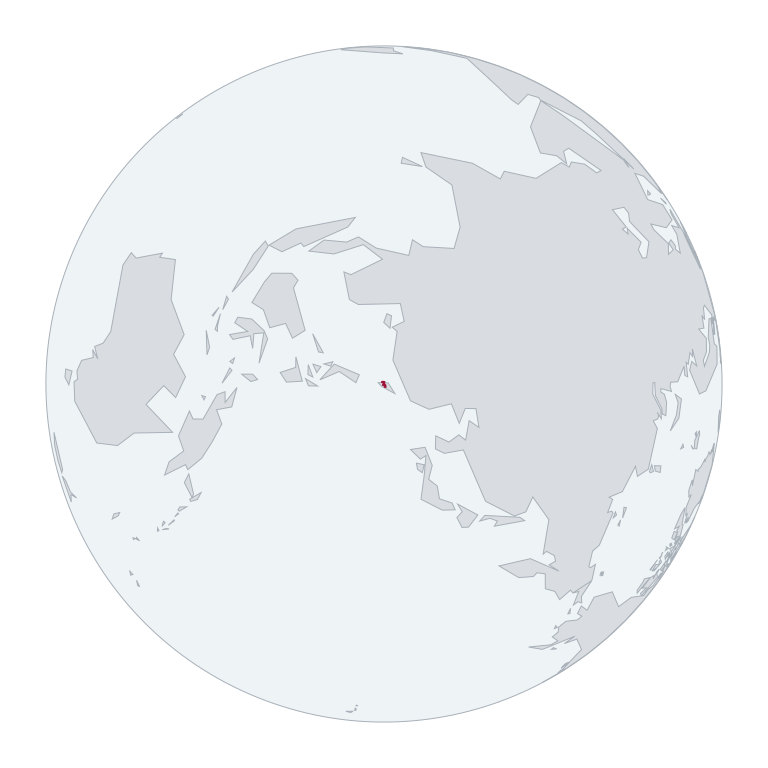 Kaohsiung City highlighted on a globe, orthographic projection, rotated 112°
{"feature_id": "TWN-1156", "entity_name": "Kaohsiung City", "entity_type": "Special Municipality", "adm_level": 1, "iso_a3": "TWN", "parent_name": "Taiwan", "parent_adm1": "", "projection": "orthographic", "projection_center": [120.587, 22.979], "detail": "fine", "context": "on_globe", "style": "filled", "palette": "rose", "viewbox_px": 768, "rotation_deg": 112, "n_neighbors": 0, "source": "natural_earth", "source_scale": "10m", "svg_char_len": 11887}
<svg xmlns="http://www.w3.org/2000/svg" viewBox="0 0 768 768"><g transform="rotate(112 384 384)"><circle cx="384" cy="384" r="338" fill="#eef3f6" stroke="#a8b0b8"/><path d="M663.5,534.6L663.2,536.6L662.8,537.0L663.5,534.6ZM601.7,125.6L588.6,115.3L589.3,115.6L582.3,110.5L581.0,110.3L581.9,111.6L556.1,101.4L548.3,109.6L557.1,119.6L546.3,112.5L570.7,137.7L573.7,151.4L563.3,131.6L556.9,126.6L555.5,133.2L548.6,129.6L544.0,131.0L535.9,126.5L530.4,116.4L525.1,113.6L524.4,118.6L515.9,117.9L517.7,110.9L503.0,109.3L491.2,94.5L502.6,83.1L489.2,74.8L482.8,63.9L476.5,62.6L470.1,59.0L460.4,56.6L462.0,56.2L452.9,54.7L453.3,55.6L449.5,55.5L443.9,54.5L444.9,53.4L447.8,53.8L445.2,53.1L448.1,53.2L443.5,52.5L445.4,52.0L435.2,51.1L429.7,49.7L433.2,49.8L443.7,51.5L462.0,55.2L487.3,62.3L512.0,71.3L536.0,82.2L559.0,94.9L581.0,109.4L601.7,125.6ZM701.8,296.8L699.0,290.1L701.1,291.8L701.8,296.8ZM697.0,287.9L698.0,289.7L697.1,288.5L697.0,287.9ZM696.1,288.2L696.7,288.0L696.3,289.0L696.1,288.2ZM695.2,289.5L695.5,288.5L695.6,288.9L695.2,289.5ZM692.8,289.4L692.0,289.2L692.1,287.5L692.8,289.4ZM583.4,113.0L581.7,110.8L585.4,112.8L587.6,114.8L583.4,113.0ZM575.4,111.1L572.7,108.5L580.8,112.9L579.9,113.0L575.4,111.1ZM565.0,128.2L564.9,124.7L567.4,129.5L565.0,128.2ZM544.8,132.1L547.0,134.4L543.6,134.3L544.8,132.1ZM528.2,127.5L522.1,127.0L527.3,125.6L528.2,127.5ZM450.6,52.7L445.9,51.8L442.7,51.2L450.6,52.7ZM518.0,125.6L503.4,125.7L507.0,130.5L488.4,117.7L507.0,121.4L512.9,118.6L513.2,122.6L518.0,125.6ZM455.9,56.5L455.2,55.4L461.0,57.4L455.9,56.5ZM460.6,57.9L483.9,66.0L482.1,67.7L474.7,64.3L476.6,68.0L464.2,64.7L460.4,62.0L464.0,61.3L456.5,60.7L460.6,57.9ZM480.5,111.2L476.1,110.0L479.7,109.4L480.5,111.2ZM448.4,55.7L453.3,56.9L452.1,58.3L442.1,56.2L445.7,56.4L448.4,55.7ZM483.1,70.9L480.4,72.0L469.7,69.5L467.2,69.7L463.8,64.8L483.1,70.9ZM443.1,55.5L437.1,55.2L432.5,53.8L443.6,54.7L443.1,55.5ZM456.0,59.7L455.0,60.4L452.3,59.3L456.0,59.7ZM412.9,49.5L418.8,50.2L418.7,50.9L412.9,49.5ZM435.2,55.3L436.8,55.8L437.4,56.3L432.6,56.0L435.2,55.3ZM456.5,63.7L452.5,62.6L457.3,65.5L449.5,64.3L448.6,61.4L445.7,62.1L443.3,61.8L445.2,60.0L456.5,63.7ZM429.5,57.4L425.7,54.2L414.9,52.3L414.7,51.4L432.1,54.8L429.5,57.4ZM438.6,59.0L432.9,57.7L435.6,57.0L441.1,57.5L438.6,59.0ZM444.5,64.6L456.7,67.2L456.5,67.8L444.5,64.6ZM425.9,56.8L426.9,57.7L424.8,56.8L425.9,56.8ZM438.2,62.2L442.5,62.9L442.2,63.6L438.2,62.2ZM425.2,59.0L424.0,57.8L427.7,58.0L425.2,59.0ZM430.7,60.6L429.2,61.3L429.7,58.7L432.8,60.7L430.7,60.6ZM437.1,62.7L438.3,63.3L435.3,62.4L437.1,62.7ZM412.0,59.7L411.8,56.4L419.9,56.5L419.0,59.5L412.0,59.7ZM107.3,190.0L98.0,204.5L103.6,197.9L94.1,221.1L94.7,230.2L114.2,208.6L113.3,192.8L123.9,178.4L133.3,180.8L135.7,196.5L139.9,191.5L147.4,172.9L157.2,168.8L151.1,166.1L146.7,172.9L142.8,171.9L146.6,165.8L149.9,164.2L151.7,158.3L135.5,168.6L129.3,176.6L128.6,169.0L118.2,182.0L114.8,184.4L131.0,163.5L136.4,158.1L159.0,133.6L153.2,138.3L131.5,162.2L134.2,158.4L126.1,166.5L134.3,157.4L159.5,131.6L161.6,129.6L196.7,102.8L195.0,103.9L201.4,100.7L198.4,103.9L213.9,95.9L214.5,96.8L205.1,101.0L197.0,106.2L191.0,116.4L193.6,116.4L204.2,110.8L201.3,114.9L212.3,108.3L215.2,112.8L220.9,102.3L233.5,97.0L242.4,96.8L247.5,93.5L233.1,94.1L226.4,96.3L219.0,100.9L201.7,107.1L201.0,105.3L222.9,92.9L224.3,89.5L240.8,82.6L269.7,83.0L275.1,87.7L256.6,105.9L247.8,107.1L250.1,100.8L236.0,111.2L242.9,108.1L240.4,112.0L251.8,109.3L250.6,112.0L263.6,105.1L263.4,108.2L255.2,112.5L271.9,112.5L275.0,118.9L279.4,117.7L283.2,114.6L284.5,125.6L287.7,124.3L288.5,120.1L295.2,115.1L307.8,110.8L307.6,114.8L303.0,116.9L293.2,127.9L281.1,133.6L282.3,135.0L292.7,131.0L304.7,117.4L312.3,113.8L307.9,120.1L310.1,117.5L313.8,117.1L317.3,120.6L322.8,113.9L363.9,107.0L374.7,114.4L366.1,120.0L394.6,122.7L404.6,132.9L405.3,128.7L419.4,128.5L416.5,125.2L417.9,123.3L452.8,124.0L460.9,128.0L476.7,125.6L477.0,123.8L472.0,120.4L488.4,117.7L507.0,130.5L505.3,133.9L518.1,140.4L512.3,147.8L513.4,157.7L499.6,163.4L501.7,171.5L506.5,173.3L513.0,186.5L509.6,209.2L491.1,182.8L492.0,151.7L489.8,163.1L484.0,158.6L479.3,161.7L478.3,170.6L482.1,172.7L448.0,180.3L433.0,203.7L449.4,204.6L457.5,213.6L454.7,245.9L415.4,285.7L425.7,302.1L424.9,312.0L412.7,316.6L413.5,302.1L403.1,295.5L405.5,287.3L386.1,291.3L388.7,279.7L372.4,289.5L376.2,299.5L392.3,299.5L377.1,314.1L390.6,332.8L389.7,353.1L358.5,384.7L330.4,391.5L328.2,397.6L318.4,388.7L303.3,399.0L319.9,437.6L318.7,447.7L295.1,463.2L295.0,455.6L268.9,432.1L262.5,455.3L282.2,479.2L288.9,503.5L273.0,493.5L266.4,471.8L257.2,462.8L260.9,442.3L255.5,409.2L239.6,411.6L242.0,399.1L232.1,369.8L210.0,372.2L174.0,395.6L167.1,426.4L155.6,436.4L146.2,384.7L150.3,353.0L141.7,352.2L136.4,320.1L112.3,302.5L113.5,293.4L108.0,293.5L105.0,280.3L108.6,265.9L104.7,262.7L96.2,301.0L101.0,304.7L111.4,297.1L107.7,309.5L111.2,325.5L90.7,344.5L62.6,344.7L67.6,320.6L86.5,245.9L90.3,240.2L90.7,239.5L91.5,238.0L85.2,246.4L91.1,232.8L72.6,280.8L66.1,299.7L62.1,345.6L60.5,347.9L61.6,359.1L74.5,364.4L72.8,371.9L62.0,399.9L51.0,429.1L57.0,464.4L63.8,491.2L64.5,493.9L57.3,470.5L51.9,446.6L48.3,422.3L46.4,397.9L46.2,373.4L47.9,349.0L51.3,324.7L56.5,300.8L63.4,277.3L72.0,254.3L82.2,232.0L94.0,210.6L107.3,190.0ZM130.2,227.6L136.8,237.5L147.6,218.3L151.1,220.9L153.5,213.8L148.4,216.9L156.3,198.7L164.2,198.5L170.4,191.5L168.5,187.9L152.9,191.6L141.4,217.1L134.0,221.2L130.2,227.6ZM227.9,84.3L226.0,85.3L225.4,85.6L227.9,84.3ZM217.1,90.2L218.4,89.5L239.1,79.0L237.5,80.4L234.9,81.2L231.7,83.1L226.7,85.2L204.9,97.8L199.4,101.1L202.6,98.9L217.1,90.2ZM294.8,58.3L303.8,56.1L288.7,61.5L282.1,63.1L285.6,61.0L295.4,58.0L294.8,58.3ZM419.3,48.0L423.7,48.5L423.4,48.5L419.5,48.2L419.3,48.0ZM416.5,47.6L413.9,47.4L414.3,47.6L422.4,49.2L439.4,52.3L436.8,53.2L430.4,52.9L425.9,52.3L429.0,51.8L420.8,51.3L421.9,50.2L415.7,49.8L399.8,46.7L404.0,46.9L390.6,46.1L416.5,47.6ZM371.0,46.3L371.6,46.3L366.8,47.0L374.3,46.6L374.2,47.0L368.3,47.2L377.4,47.3L375.7,47.8L382.8,49.8L396.9,50.7L399.8,51.8L393.4,51.8L400.8,53.1L390.8,54.1L392.7,55.1L384.7,57.6L371.4,57.7L374.5,59.0L368.6,61.5L357.3,62.3L362.8,59.9L346.5,62.9L347.4,60.1L345.5,60.6L341.9,59.1L334.1,58.4L336.2,57.2L332.3,57.6L329.8,56.9L325.2,57.2L327.2,55.3L321.6,55.6L325.7,54.6L315.6,55.9L324.0,54.2L321.7,53.8L314.8,55.6L336.0,49.5L371.0,46.3ZM409.4,60.3L393.2,59.9L385.8,58.6L402.8,55.0L402.5,53.9L413.1,52.5L423.6,54.8L419.6,54.9L418.2,55.6L415.5,54.5L416.6,55.9L411.1,56.3L410.4,57.6L405.4,57.0L409.4,60.3ZM131.2,159.8L129.3,162.2L127.7,164.5L122.6,170.2L131.2,159.8ZM147.5,142.6L147.3,142.9L144.3,145.8L147.5,142.6ZM153.6,136.9L147.9,142.3L152.2,138.2L153.6,136.9ZM205.1,101.8L205.0,102.8L202.4,104.4L199.3,105.7L205.1,101.8ZM309.0,74.1L313.3,72.1L315.0,72.3L327.0,69.8L327.3,72.2L320.1,74.7L309.0,74.1ZM110.1,210.0L106.0,212.0L107.7,208.2L108.7,208.3L110.1,210.0ZM111.6,189.6L108.0,197.2L110.2,191.1L111.6,189.6ZM311.3,76.3L316.2,74.8L313.3,77.0L311.3,76.3ZM328.0,74.0L325.7,76.3L328.7,72.3L328.0,74.0ZM208.8,671.6L215.9,675.8L212.4,674.2L208.8,671.6ZM77.4,509.0L90.2,549.2L86.1,543.2L78.4,527.6L69.0,501.2L71.5,500.0L70.8,490.1L77.4,509.0ZM374.6,565.7L385.1,567.8L384.7,569.1L374.6,565.7ZM363.6,560.0L375.5,561.4L361.6,562.8L363.6,560.0ZM380.1,562.0L392.3,560.2L397.5,558.3L396.6,561.1L380.1,562.0ZM355.6,559.3L312.6,553.7L295.9,547.5L299.6,543.0L326.7,548.2L355.6,559.3ZM298.3,542.6L273.1,523.6L240.3,473.0L252.0,476.4L286.6,509.8L284.4,513.9L299.6,528.2L298.3,542.6ZM360.3,523.6L357.9,537.0L334.0,533.1L323.3,529.5L315.9,511.0L320.0,502.6L328.7,504.0L363.8,477.2L375.8,486.0L364.7,497.9L374.6,511.0L360.3,523.6ZM168.0,429.9L172.9,450.8L166.9,451.8L168.0,429.9ZM378.8,456.7L364.1,469.0L377.8,452.0L378.8,456.7ZM387.4,440.1L387.9,447.2L382.5,439.8L387.4,440.1ZM327.0,407.3L317.7,407.6L317.9,402.6L330.0,399.3L327.0,407.3ZM388.8,370.3L387.2,385.1L384.9,389.9L381.4,380.6L388.8,370.3ZM320.3,101.0L303.2,101.2L291.1,104.3L284.5,110.1L286.5,102.6L305.2,97.8L320.3,101.0ZM358.5,105.5L364.2,101.4L366.6,103.8L365.7,105.1L358.5,105.5ZM358.4,102.6L356.2,96.6L362.6,94.8L363.1,99.8L358.4,102.6ZM333.0,84.6L327.9,84.3L330.5,82.4L333.0,84.6ZM583.8,649.9L587.0,649.5L577.3,657.5L564.2,666.4L552.4,671.9L583.8,649.9ZM489.3,684.7L488.8,678.1L502.8,675.9L497.1,682.4L489.3,684.7ZM592.9,642.8L601.5,634.3L604.8,626.3L603.8,632.8L610.6,629.7L589.8,647.9L592.9,642.8ZM437.7,657.0L371.6,670.6L356.9,667.5L360.1,661.0L345.7,638.5L350.5,639.4L346.8,624.0L385.5,613.0L413.1,587.8L435.3,590.2L451.6,570.8L474.6,572.1L468.0,587.6L492.1,597.0L508.0,561.9L523.1,597.4L540.9,608.0L546.3,628.2L515.8,664.3L498.0,672.2L494.3,669.9L487.0,673.6L475.3,673.2L468.4,663.5L461.2,667.0L468.0,658.8L457.6,666.3L451.3,659.7L437.7,657.0ZM602.2,580.9L605.6,581.0L611.1,585.4L605.6,585.8L602.2,580.9ZM654.7,545.4L656.2,547.4L652.7,549.6L654.7,545.4ZM662.8,537.0L658.6,540.0L663.5,534.6L662.8,537.0ZM620.3,556.3L622.0,558.0L620.6,559.2L620.3,556.3ZM618.9,555.9L620.9,551.9L620.6,555.5L618.9,555.9ZM602.2,540.0L604.3,537.7L605.3,539.0L602.2,540.0ZM400.7,569.0L415.2,559.5L423.3,559.0L400.7,569.0ZM599.2,536.5L593.9,537.1L594.4,535.0L599.2,536.5ZM599.5,531.8L598.9,529.0L602.2,535.1L599.5,531.8ZM589.3,527.1L595.8,531.1L588.6,527.8L589.3,527.1ZM585.5,528.3L580.8,526.8L581.1,525.8L585.5,528.3ZM533.1,537.8L550.6,553.3L536.7,554.1L521.1,544.6L509.1,555.1L481.9,554.3L488.0,548.0L484.3,538.6L456.4,534.8L450.7,528.5L460.6,524.4L442.3,519.0L462.3,516.6L470.6,529.6L481.9,519.4L501.7,521.6L521.1,525.2L536.9,533.8L533.1,537.8ZM462.6,544.8L466.1,544.9L463.0,548.6L462.6,544.8ZM571.8,520.9L578.6,526.2L577.9,527.9L574.5,527.3L571.8,520.9ZM540.5,531.3L557.3,519.4L561.3,519.3L550.2,532.2L540.5,531.3ZM553.1,512.9L561.0,513.7L565.3,519.3L563.6,521.0L553.1,512.9ZM421.7,531.9L420.9,535.4L415.8,532.4L421.7,531.9ZM428.3,530.1L444.0,534.5L426.9,533.0L428.3,530.1ZM381.6,514.6L386.1,523.5L400.2,519.1L389.4,526.2L399.2,540.8L396.0,545.7L386.3,530.0L383.1,545.3L376.8,544.5L373.3,530.9L379.5,515.1L385.8,508.8L411.4,507.7L381.6,514.6ZM428.2,519.7L424.1,509.5L427.2,502.9L431.6,508.4L428.2,519.7ZM412.2,484.6L401.7,472.1L391.8,475.9L412.0,460.8L418.8,475.2L412.2,484.6ZM403.7,458.1L394.4,461.5L404.2,452.6L403.7,458.1ZM392.2,457.3L391.5,449.0L398.6,450.6L392.2,457.3ZM408.4,458.8L410.7,444.8L414.0,453.3L408.4,458.8ZM389.2,430.2L404.1,445.0L384.2,437.6L384.7,410.4L393.3,410.5L389.2,430.2ZM445.2,324.3L443.8,316.5L451.9,315.3L450.6,320.9L445.2,324.3ZM477.0,306.5L453.6,312.5L434.6,318.3L440.0,322.1L434.8,334.9L427.3,322.2L441.4,308.8L455.6,306.9L458.7,296.3L469.7,289.6L468.8,276.3L474.0,270.9L479.1,282.7L477.0,306.5ZM467.8,270.7L470.3,247.9L485.0,252.0L487.8,257.9L480.5,266.4L473.1,263.6L467.8,270.7ZM475.2,243.9L468.1,241.3L456.7,208.1L458.0,202.4L474.5,228.4L468.6,227.5L468.8,235.4L475.2,243.9ZM477.0,112.2L476.2,110.2L479.5,112.2L477.0,112.2ZM415.9,121.5L418.4,119.3L422.2,121.2L415.9,121.5ZM427.2,114.4L421.3,113.7L427.7,112.7L427.2,114.4ZM407.9,112.8L418.9,112.6L408.3,115.3L407.9,112.8Z" fill="#d9dde1" stroke="#a8b0b8" stroke-width="1"/><path d="M383.0,386.9L382.9,386.9L382.6,386.7L382.4,386.4L382.6,386.7L382.5,386.4L382.4,386.2L382.2,386.1L382.1,385.9L382.2,385.7L382.0,385.3L381.9,385.1L381.9,384.9L381.8,384.7L381.7,384.3L381.8,384.2L381.9,384.4L382.0,384.4L382.4,384.5L382.5,384.5L382.8,384.5L382.9,384.4L383.0,384.4L383.2,384.1L383.3,383.9L383.5,383.8L383.6,383.6L383.8,383.5L383.9,383.3L384.1,383.0L384.3,382.7L384.3,382.4L384.3,382.2L384.5,382.1L384.9,382.0L385.0,381.9L385.2,381.7L385.3,381.6L385.5,381.4L386.0,381.1L386.3,381.3L386.3,381.5L386.2,381.6L386.3,381.8L386.5,382.1L386.2,382.2L386.1,382.3L385.8,382.5L385.8,382.8L385.6,382.9L385.6,383.0L385.6,383.5L385.5,383.9L385.3,384.0L385.3,384.4L385.4,384.5L385.5,384.6L385.4,384.7L385.2,384.7L385.1,384.8L385.0,384.7L384.8,384.5L384.6,384.6L384.2,384.6L383.9,384.8L383.7,384.9L383.4,384.8L383.3,385.1L383.3,385.4L383.3,385.6L383.2,386.0L383.2,386.3L383.2,386.5L383.0,386.9Z" fill="#f43f5e" stroke="#9f1239" stroke-width="1.5"/></g></svg>